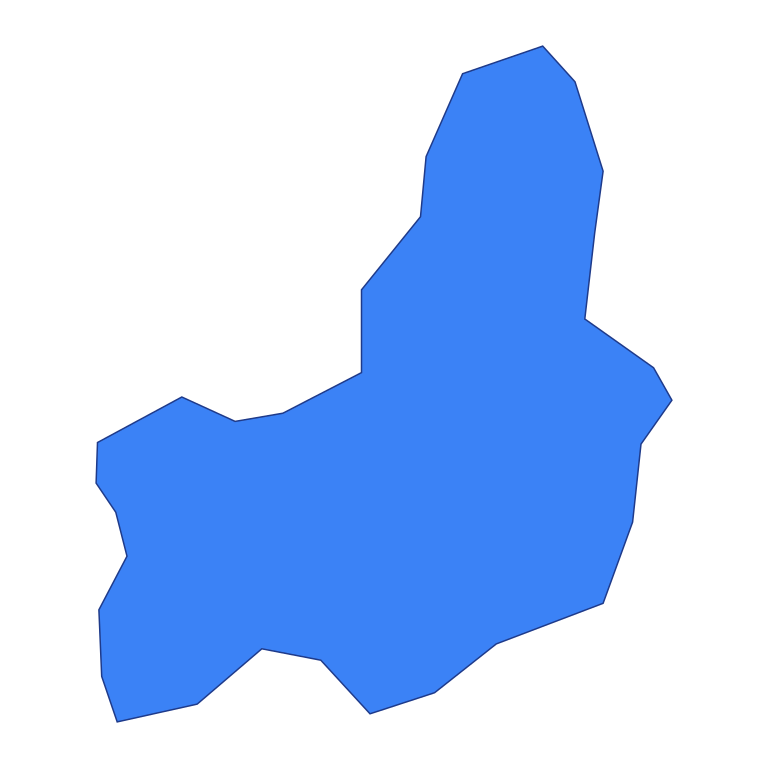 outline of Selebi-Phikwe
{"feature_id": "BWA-5504", "entity_name": "Selebi-Phikwe", "entity_type": "Town", "adm_level": 1, "iso_a3": "BWA", "parent_name": "Botswana", "parent_adm1": "", "projection": "robinson", "projection_center": [27.845, -21.959], "detail": "fine", "context": "isolated", "style": "filled", "palette": "blue", "viewbox_px": 768, "rotation_deg": 0, "n_neighbors": 0, "source": "natural_earth", "source_scale": "10m", "svg_char_len": 509}
<svg xmlns="http://www.w3.org/2000/svg" viewBox="0 0 768 768"><path d="M542.7,46.1L575.0,81.8L603.1,171.2L594.7,232.9L584.8,319.0L653.6,367.8L671.9,400.2L641.0,444.1L632.6,522.1L603.1,603.3L496.3,643.9L434.6,692.7L370.0,713.8L320.8,660.2L261.8,648.8L197.2,704.1L117.2,721.9L101.7,676.4L98.9,609.8L127.0,556.2L115.8,512.3L96.1,483.1L97.5,442.5L181.8,397.0L235.1,421.4L282.9,413.2L361.5,372.6L361.5,289.8L420.5,216.7L426.1,156.6L462.6,73.7L542.7,46.1Z" fill="#3b82f6" stroke="#1e3a8a" stroke-width="1.5"/></svg>